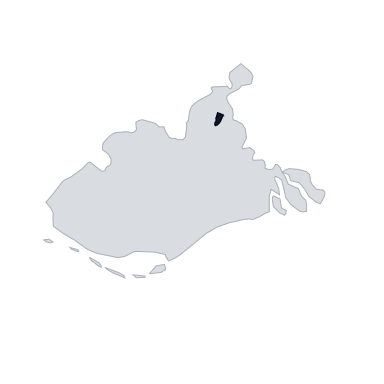 Someren, Noord-Brabant, Netherlands shown in context, rotated 219°
{"feature_id": "6326949B17219588023251", "entity_name": "Someren", "entity_type": "district", "adm_level": 2, "iso_a3": "NLD", "parent_name": "Netherlands", "parent_adm1": "Noord-Brabant", "projection": "albers", "projection_center": [5.682, 51.386], "detail": "fine", "context": "in_parent", "style": "filled", "palette": "ink", "viewbox_px": 384, "rotation_deg": 219, "n_neighbors": 0, "source": "geoboundaries", "source_scale": "gbopen_adm2", "svg_char_len": 4204}
<svg xmlns="http://www.w3.org/2000/svg" viewBox="0 0 384 384"><g transform="rotate(219 192 192)"><path d="M234.7,322.6L228.9,322.4L223.5,322.3L220.6,321.8L217.5,320.4L216.1,317.6L214.4,314.2L214.9,312.1L220.0,306.2L220.7,304.5L220.2,303.6L220.7,301.0L224.6,292.2L225.1,288.6L223.3,286.1L220.8,284.6L212.7,282.0L208.8,278.3L207.0,275.0L205.2,274.1L202.5,275.2L195.8,276.4L190.3,274.6L183.8,268.4L182.4,262.9L181.6,258.7L180.0,257.3L177.9,259.4L175.1,262.8L169.6,263.1L168.1,262.3L167.9,260.4L167.6,258.6L166.1,256.4L164.5,255.1L157.5,261.3L155.0,261.3L151.8,258.8L150.2,256.4L146.7,257.7L143.5,260.6L144.4,266.1L142.7,267.0L138.8,266.5L134.4,264.1L129.5,262.7L122.1,258.7L111.6,261.5L104.4,257.7L98.4,257.1L94.7,254.1L90.8,249.0L93.8,245.9L96.6,244.8L107.6,244.5L115.6,246.7L129.7,257.7L133.4,257.7L137.3,256.4L135.4,253.5L131.8,252.0L126.5,249.0L122.3,244.9L132.4,243.8L131.0,241.6L129.8,238.0L119.5,225.3L121.4,222.0L124.2,214.8L127.6,208.8L130.3,207.3L134.7,203.1L144.2,190.8L150.3,180.7L154.9,168.7L161.8,135.4L163.7,129.8L166.9,123.6L170.7,124.8L173.4,126.6L182.9,122.0L199.2,109.8L204.0,99.1L208.7,94.2L227.2,84.5L237.4,81.6L253.2,80.7L264.5,78.9L278.2,78.1L283.5,84.0L286.6,88.3L291.5,90.6L299.1,92.1L298.8,100.8L299.2,117.8L298.7,120.8L295.4,128.0L292.0,141.0L291.2,149.5L290.1,151.1L275.6,151.3L273.5,152.8L273.2,154.7L274.0,156.8L273.7,159.0L272.6,160.8L273.2,163.6L275.8,166.8L280.5,168.7L285.4,168.8L288.0,168.4L289.9,170.6L291.8,174.1L291.7,178.5L291.1,184.5L288.9,190.0L282.2,196.4L279.2,198.7L276.3,199.9L275.0,201.6L274.4,203.7L274.5,205.6L279.4,210.6L279.4,211.8L278.0,214.4L276.1,216.9L263.7,222.3L258.5,221.9L255.5,224.5L254.6,225.0L251.3,222.7L244.0,220.0L241.2,221.0L239.7,222.5L235.1,224.3L231.8,227.2L231.8,230.8L237.7,240.2L239.8,242.1L239.9,245.6L242.8,250.0L245.7,255.5L246.1,259.1L245.7,262.6L244.3,267.7L239.2,279.6L239.2,281.9L239.6,283.6L241.4,284.1L242.7,285.0L242.3,286.5L232.7,294.8L231.5,296.3L227.5,295.9L226.8,297.3L227.4,299.5L229.0,301.4L232.4,302.4L235.4,304.5L237.8,308.6L234.7,322.6ZM134.4,264.1L133.5,267.5L131.2,271.3L123.6,276.5L115.7,279.9L111.6,279.4L108.9,277.4L107.5,275.4L103.3,273.4L97.6,272.3L93.9,274.3L91.3,276.1L89.1,275.7L87.5,274.1L86.3,271.5L84.8,263.6L89.1,262.3L98.4,262.1L105.5,265.0L114.9,266.6L122.3,263.0L127.9,266.3L134.4,264.1ZM119.5,231.8L124.9,236.8L126.0,238.4L126.4,240.1L119.4,242.0L112.1,235.7L107.1,237.0L105.4,234.1L105.4,232.3L110.5,230.9L119.5,231.8ZM173.4,111.9L168.0,118.3L164.7,116.4L163.7,114.9L165.5,110.0L173.6,101.7L173.4,111.9ZM197.5,83.5L192.5,84.2L190.2,83.0L202.4,79.4L210.1,78.3L211.5,78.8L197.5,83.5ZM230.2,76.9L219.5,78.4L215.9,77.3L215.3,76.3L218.2,75.6L227.3,75.5L230.1,76.4L230.2,76.9ZM185.7,90.5L175.6,97.1L174.8,96.0L181.3,90.3L185.7,90.5ZM273.6,65.3L268.6,65.7L270.0,63.3L274.6,61.4L277.1,61.4L273.6,65.3ZM252.0,72.1L244.5,75.2L242.6,74.6L243.1,73.7L249.7,71.7L252.0,72.1Z" fill="#d9dde1" stroke="#a8b0b8" stroke-width="1"/><path d="M217.5,260.3L217.5,260.1L217.4,260.1L217.4,259.9L217.2,259.7L217.0,259.4L216.9,259.4L216.8,259.2L216.7,259.1L216.5,258.8L216.5,258.7L216.4,258.6L216.2,258.5L215.9,258.6L215.7,258.6L215.4,258.6L215.4,258.8L215.3,259.0L215.3,259.3L215.2,259.4L215.2,259.5L215.1,259.8L214.9,259.9L214.8,260.0L214.7,260.0L214.8,260.0L214.7,260.0L214.6,260.3L214.6,260.5L214.6,260.8L214.5,261.3L214.4,261.5L214.4,261.8L214.4,262.0L214.4,262.4L214.3,262.6L214.3,262.8L214.3,263.1L214.4,263.3L214.4,263.9L214.4,264.1L214.4,264.7L215.1,267.0L215.1,267.3L215.2,267.6L215.3,268.1L215.4,268.3L215.6,268.9L215.7,269.3L215.8,269.9L215.9,270.3L216.0,270.4L216.1,270.5L216.3,270.6L216.2,270.7L216.3,270.7L216.2,270.8L216.3,270.8L216.2,270.8L216.2,271.0L216.2,271.3L216.3,271.4L216.5,271.4L216.9,271.2L218.1,270.9L218.7,270.7L218.8,270.6L219.0,270.6L219.7,270.4L219.8,270.3L220.2,270.2L220.3,270.2L220.5,270.1L221.8,269.7L221.5,268.8L221.2,268.1L221.1,267.8L220.9,267.4L220.7,267.0L220.7,266.9L220.4,266.3L220.2,266.4L220.1,266.5L220.0,265.0L220.0,264.9L219.9,264.7L219.8,264.4L219.5,264.2L219.4,264.1L219.2,263.9L218.6,263.3L218.3,263.0L218.2,262.9L218.1,262.7L218.0,262.4L217.9,262.3L217.9,262.2L217.9,261.9L217.8,261.7L217.6,260.3L217.5,260.3Z" fill="#0f172a" stroke="#020617" stroke-width="1.5"/></g></svg>